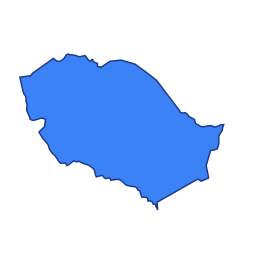 the district of San Juan Yaeé, Oaxaca, Mexico, rotated 75°
{"feature_id": "50627088B32639948648088", "entity_name": "San Juan Yaeé", "entity_type": "district", "adm_level": 2, "iso_a3": "MEX", "parent_name": "Mexico", "parent_adm1": "Oaxaca", "projection": "mercator", "projection_center": [-96.28, 17.445], "detail": "fine", "context": "isolated", "style": "filled", "palette": "blue", "viewbox_px": 256, "rotation_deg": 75, "n_neighbors": 0, "source": "geoboundaries", "source_scale": "gbopen_adm2", "svg_char_len": 2194}
<svg xmlns="http://www.w3.org/2000/svg" viewBox="0 0 256 256"><g transform="rotate(75 128 128)"><path d="M108.9,215.1L116.3,212.9L123.1,209.6L128.2,209.3L132.7,207.7L134.2,206.6L135.6,205.8L139.7,204.3L142.3,203.5L144.5,202.4L145.8,197.5L148.5,196.7L148.0,194.6L147.0,192.1L145.8,189.6L147.1,186.6L147.9,183.4L149.9,181.2L151.4,179.3L153.7,175.6L159.0,171.5L161.2,171.4L164.5,171.5L167.0,171.3L167.0,168.3L167.1,165.0L168.7,164.3L170.2,163.7L171.2,162.4L171.2,160.5L171.1,159.0L172.3,158.3L174.1,158.2L174.3,155.4L174.6,152.7L175.3,150.2L176.3,149.0L178.5,147.1L180.9,145.8L182.6,144.6L184.3,141.7L185.1,140.1L186.4,136.9L187.6,135.3L190.8,134.3L191.8,132.9L194.3,132.8L198.4,132.5L199.1,130.1L200.0,128.0L201.4,127.0L202.9,127.7L203.9,127.4L203.7,126.3L204.7,124.8L205.8,123.7L207.8,123.4L208.4,123.0L208.4,122.5L208.7,121.7L208.9,121.1L210.1,121.3L211.6,121.3L212.7,120.8L215.0,120.6L207.2,119.1L195.4,73.9L198.3,71.1L197.2,63.3L196.8,63.0L184.4,62.2L171.1,54.0L171.5,49.8L171.3,47.3L169.8,46.3L168.9,45.5L166.2,44.3L163.0,43.3L159.4,42.5L156.9,40.0L154.8,37.7L152.5,36.6L150.8,35.7L149.5,34.7L149.2,36.4L149.0,38.1L149.5,41.0L149.6,44.0L147.4,46.8L146.7,49.6L146.4,54.1L145.8,56.8L141.2,61.5L136.8,61.7L134.5,64.2L132.7,66.3L130.4,66.9L127.9,68.9L127.7,71.6L126.4,73.5L123.6,73.9L121.8,74.9L89.3,88.1L80.2,95.0L68.1,104.7L60.6,117.2L58.9,128.1L62.5,138.5L62.0,138.9L61.8,138.9L61.4,140.2L61.1,140.8L60.6,141.4L60.0,141.6L59.1,141.4L58.6,140.9L58.1,140.8L57.6,141.0L56.3,142.8L55.7,143.3L55.4,143.9L54.7,144.4L54.2,144.4L53.9,144.5L52.9,144.2L52.7,144.4L52.4,145.2L53.3,146.2L53.5,146.9L53.3,147.7L52.6,148.3L51.5,149.0L50.4,149.3L49.7,149.7L49.0,149.9L48.6,149.9L48.3,150.4L47.3,150.6L46.9,150.8L46.8,152.0L46.8,155.2L46.0,157.8L44.4,159.7L42.9,163.1L42.2,165.2L41.0,166.7L41.3,168.7L43.3,170.7L44.2,171.9L45.4,174.2L46.0,176.8L45.1,179.1L43.4,180.7L41.4,182.0L50.4,206.0L52.3,208.6L50.9,219.3L59.3,219.7L67.4,219.8L70.8,218.7L73.7,218.9L75.6,219.6L78.7,219.3L82.0,220.4L84.8,221.3L89.7,220.6L91.9,220.1L93.9,220.4L95.3,219.1L96.2,217.8L96.2,216.4L96.2,212.9L96.0,210.9L96.0,209.4L96.9,207.2L98.5,205.5L105.1,208.3L108.9,215.1Z" fill="#3b82f6" stroke="#1e3a8a" stroke-width="1.5"/></g></svg>